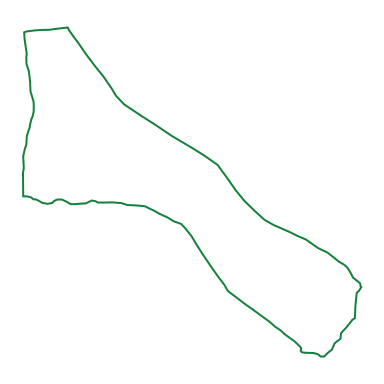 the district of Storuman, Västerbotten, Sweden
{"feature_id": "70781695B25837784643259", "entity_name": "Storuman", "entity_type": "district", "adm_level": 2, "iso_a3": "SWE", "parent_name": "Sweden", "parent_adm1": "Västerbotten", "projection": "mercator", "projection_center": [16.034, 65.448], "detail": "fine", "context": "isolated", "style": "outline", "palette": "green", "viewbox_px": 384, "rotation_deg": 0, "n_neighbors": 0, "source": "geoboundaries", "source_scale": "gbopen_adm2", "svg_char_len": 1829}
<svg xmlns="http://www.w3.org/2000/svg" viewBox="0 0 384 384"><path d="M67.8,27.5L57.4,28.7L49.3,29.8L42.9,29.9L35.0,30.4L26.8,31.4L24.2,32.3L24.5,38.1L25.1,42.8L25.6,46.0L26.7,53.6L26.3,57.8L26.5,64.1L28.9,71.4L30.1,81.6L30.5,91.7L31.8,95.7L33.5,101.6L33.8,106.2L33.6,112.1L32.4,117.0L31.4,119.0L30.3,123.7L29.5,127.9L28.4,131.0L26.8,136.3L26.3,144.8L24.9,148.6L24.0,152.7L23.2,156.3L23.8,168.1L23.0,172.9L23.2,196.3L27.1,196.4L31.2,197.4L33.3,199.3L35.5,199.3L38.3,200.5L42.4,202.9L47.4,203.8L51.9,203.1L54.1,201.0L57.2,199.5L61.7,199.5L66.0,201.4L68.9,203.1L70.8,204.1L76.0,204.1L81.1,203.6L85.8,203.4L88.9,201.9L91.8,200.5L95.4,201.2L98.0,202.6L112.8,202.4L121.4,203.1L127.4,205.0L137.2,205.5L144.8,206.2L149.6,208.6L154.8,211.0L159.1,213.6L168.0,217.7L173.7,221.3L181.1,223.9L185.6,228.7L191.6,236.3L196.1,243.9L202.8,254.4L210.7,266.1L218.3,276.9L224.1,284.5L227.9,291.0L232.9,294.8L237.9,298.6L245.1,304.1L253.9,310.3L261.3,315.8L269.2,321.5L274.9,326.5L280.9,330.6L284.0,333.7L289.9,338.0L294.5,341.3L300.0,346.6L301.2,348.0L300.7,350.9L301.9,352.3L305.5,352.8L313.6,353.0L317.9,354.2L320.6,356.5L321.3,356.5L324.1,356.5L327.8,352.9L331.9,349.6L334.5,343.5L337.2,341.2L340.4,338.9L341.1,333.1L346.1,327.7L349.2,323.9L352.4,319.8L354.8,318.3L355.1,314.1L355.4,306.6L356.2,297.5L356.8,292.9L359.5,290.1L361.0,287.6L360.9,287.6L360.0,283.2L357.9,281.5L353.1,277.7L350.4,272.5L347.4,267.7L344.3,264.8L339.1,261.8L327.6,252.6L318.1,248.1L305.9,239.5L297.4,235.9L289.6,232.0L282.7,229.0L273.8,225.1L264.6,219.9L254.5,210.7L244.3,200.8L235.5,190.0L231.2,183.8L226.9,177.6L222.0,171.0L217.8,165.1L204.3,155.6L193.8,149.0L171.3,135.6L155.6,125.0L142.4,116.6L133.6,110.7L124.4,104.6L116.0,95.8L111.4,88.1L103.4,76.5L96.1,67.5L85.6,53.7L78.9,43.8L73.6,36.7L69.0,30.2L67.8,27.5Z" fill="none" stroke="#15803d" stroke-width="2"/></svg>